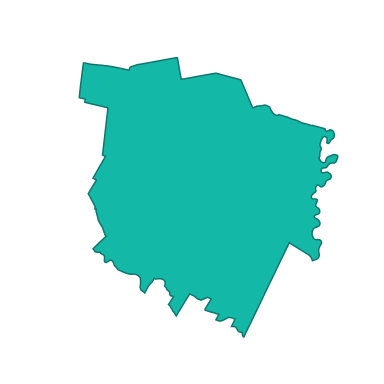 the district of Prejmer, Brasov, Romania, rotated 106°
{"feature_id": "2599482B31242475227113", "entity_name": "Prejmer", "entity_type": "district", "adm_level": 2, "iso_a3": "ROU", "parent_name": "Romania", "parent_adm1": "Brasov", "projection": "equal_earth", "projection_center": [25.776, 45.717], "detail": "fine", "context": "isolated", "style": "filled", "palette": "teal", "viewbox_px": 384, "rotation_deg": 106, "n_neighbors": 0, "source": "geoboundaries", "source_scale": "gbopen_adm2", "svg_char_len": 5807}
<svg xmlns="http://www.w3.org/2000/svg" viewBox="0 0 384 384"><g transform="rotate(106 192 192)"><path d="M206.0,291.0L206.8,287.3L207.2,287.3L213.4,289.0L216.1,289.7L222.2,291.3L226.7,286.8L232.3,281.5L232.7,281.2L233.6,280.9L235.2,280.5L234.6,279.5L236.7,279.0L237.2,278.8L240.2,277.0L242.3,275.7L244.7,274.5L248.2,271.2L248.9,270.4L248.7,270.3L249.9,269.1L253.1,266.6L254.9,265.4L257.0,263.9L258.3,262.5L258.3,262.3L261.1,264.1L273.8,271.5L276.1,268.7L276.1,267.0L276.0,266.0L275.6,264.8L275.1,263.8L275.3,263.3L275.9,262.9L276.3,262.3L276.7,261.2L276.8,260.0L277.1,259.0L279.0,258.0L281.1,257.6L283.0,257.0L283.5,256.0L283.4,254.9L281.7,253.3L280.3,252.2L279.7,250.4L281.0,248.5L283.9,246.4L285.1,244.4L287.1,241.6L287.9,235.8L288.2,232.5L288.1,228.9L287.3,226.4L286.6,223.9L287.0,220.9L288.6,218.1L292.6,216.6L298.2,215.5L300.4,213.9L301.1,211.6L302.1,209.6L294.8,208.1L293.8,207.7L290.1,205.9L288.6,205.3L287.6,205.0L285.3,204.6L285.8,203.1L284.9,201.0L284.3,199.3L284.1,198.5L284.0,197.8L284.0,196.1L284.3,195.5L284.5,194.4L284.7,194.0L284.9,193.8L286.5,192.9L287.1,192.6L288.1,192.4L289.7,192.4L290.1,192.3L290.4,192.0L290.7,191.1L291.1,190.4L291.4,190.2L291.7,190.1L292.1,189.8L292.4,189.4L293.2,188.6L293.3,187.9L293.9,187.0L294.0,186.8L294.1,186.3L294.2,186.0L294.6,185.4L296.6,185.3L296.9,185.0L297.3,184.5L297.6,183.9L297.7,183.0L297.6,182.7L297.5,182.4L297.4,181.7L297.8,180.9L306.7,183.6L307.1,182.5L307.9,181.4L309.2,180.2L309.7,179.4L310.7,178.4L311.4,178.1L311.8,177.7L312.3,176.7L312.6,176.2L314.0,174.5L314.9,173.6L315.5,173.0L309.2,171.3L297.9,168.2L290.7,166.2L290.9,164.0L291.4,161.4L291.9,159.9L293.2,157.5L293.3,155.9L293.1,155.5L293.2,155.0L293.5,154.1L293.4,153.4L291.2,150.7L288.9,147.9L289.5,144.1L301.0,147.2L301.7,147.1L301.9,146.7L302.1,144.6L302.2,140.5L302.0,138.8L302.2,135.5L302.3,134.0L302.1,133.1L302.2,132.4L308.3,133.8L308.4,132.3L308.5,130.0L308.2,129.0L307.8,128.3L306.5,126.6L304.8,124.7L304.0,124.1L302.6,122.5L302.3,121.3L301.9,118.5L302.4,115.6L310.4,117.0L309.7,114.1L309.7,113.0L309.9,112.6L310.8,111.5L313.3,108.9L313.3,106.8L313.2,106.2L313.2,105.2L316.2,103.7L316.6,103.3L317.0,102.6L317.1,102.2L312.3,101.4L289.9,97.5L289.2,97.4L281.7,96.1L267.2,93.7L227.2,86.8L213.9,84.5L215.0,81.1L220.3,62.3L221.1,60.8L221.5,60.2L222.0,59.5L222.4,59.1L224.9,57.3L224.8,57.1L224.3,56.4L223.6,55.6L223.0,54.5L222.0,53.5L221.1,52.8L219.7,52.3L219.0,52.1L218.2,52.1L217.2,52.4L215.4,53.3L213.8,54.0L212.7,54.3L211.8,54.4L211.0,54.4L209.6,54.3L206.3,53.5L205.3,53.4L204.8,53.6L204.2,53.8L203.6,54.3L203.2,54.9L202.9,55.6L202.8,56.2L202.9,57.0L203.0,57.7L203.1,58.2L203.7,59.7L203.7,60.3L203.7,60.9L203.4,61.8L203.1,62.3L201.9,63.3L201.2,64.0L200.3,64.6L199.3,65.0L197.0,65.5L195.7,65.4L195.4,65.5L194.7,65.3L193.5,64.9L193.1,64.6L192.3,63.9L191.5,62.6L190.3,61.1L190.1,60.9L189.4,60.5L189.0,60.3L188.1,60.2L187.0,60.3L186.5,60.4L185.3,61.2L184.6,62.0L184.1,62.8L183.8,63.4L183.3,65.0L182.8,66.9L182.6,67.2L182.3,67.6L181.8,67.8L181.2,67.8L180.6,67.5L180.0,66.9L178.6,64.9L178.0,64.4L177.6,64.0L176.9,63.7L176.3,63.7L175.2,63.9L174.7,64.1L174.1,64.5L173.3,65.2L172.9,65.6L172.6,66.4L172.3,67.9L172.1,68.2L171.5,69.0L171.2,69.3L170.8,69.4L169.9,69.5L168.6,69.5L167.0,69.2L166.2,69.1L165.5,69.2L165.0,69.3L164.7,69.6L164.6,69.8L164.5,70.2L164.7,71.0L164.7,71.7L164.9,72.4L165.3,73.5L165.3,74.3L165.1,75.1L164.8,75.5L164.5,75.8L163.8,76.0L162.6,76.0L161.6,75.7L160.8,75.4L159.6,74.6L158.4,73.6L157.5,73.2L157.1,73.1L156.5,73.3L155.4,73.8L154.8,74.2L154.0,74.3L153.3,74.4L152.3,74.2L152.0,74.1L151.3,73.7L150.9,73.6L150.6,73.3L150.5,73.1L150.5,72.5L150.7,71.7L151.4,70.1L151.5,69.7L151.5,69.4L151.4,69.0L151.2,68.6L150.6,67.9L150.0,67.4L149.5,67.0L148.9,66.7L148.0,66.4L146.3,66.2L145.2,66.2L144.2,65.8L143.7,65.5L142.8,64.6L142.1,63.5L141.3,62.8L140.3,62.4L139.8,62.3L139.2,62.4L138.2,62.7L137.3,63.1L136.7,63.7L136.2,65.3L135.6,66.8L135.6,67.7L136.0,68.5L136.9,70.1L137.4,71.0L137.6,71.9L137.6,72.4L137.4,72.9L137.0,73.4L136.4,73.7L135.5,73.8L134.7,73.9L134.2,73.8L133.6,73.5L133.0,72.9L132.5,71.8L132.2,70.8L131.7,70.0L130.6,69.1L129.5,68.8L128.2,68.4L126.3,67.0L125.3,64.9L125.1,63.7L124.5,62.7L124.0,62.3L122.9,61.8L120.8,61.7L118.7,61.5L117.7,61.6L116.9,62.1L116.6,63.0L116.7,65.1L117.2,66.6L119.2,69.0L119.9,70.1L121.0,71.3L122.6,72.0L124.7,72.0L126.7,72.2L127.3,72.8L127.5,73.4L127.6,74.1L127.5,75.2L127.4,75.9L125.3,78.7L124.1,79.2L121.9,79.0L120.3,79.7L118.2,79.9L115.6,79.6L114.2,79.8L113.4,80.5L112.6,81.4L111.2,82.2L106.5,82.0L103.5,81.4L102.8,80.8L102.0,79.8L102.1,78.9L102.4,77.8L103.3,77.0L104.8,76.4L107.2,76.2L107.9,75.3L107.8,74.3L106.9,73.6L104.8,73.1L103.5,72.7L102.6,72.1L101.3,70.9L100.1,70.6L98.5,70.7L97.5,71.0L95.3,72.4L94.4,73.6L94.0,75.0L94.1,76.3L96.6,79.2L96.4,80.6L94.6,81.5L94.7,94.5L95.0,95.1L95.1,95.5L95.2,96.3L95.1,97.9L95.1,102.0L95.3,104.9L94.4,110.4L94.3,111.1L94.3,112.5L94.2,114.2L94.4,115.2L94.4,115.6L93.8,120.2L93.7,121.6L93.8,124.9L93.8,125.4L93.6,125.7L93.6,125.9L93.6,126.5L93.6,127.0L93.7,127.9L93.7,128.4L93.7,129.0L93.6,129.3L93.5,129.6L94.2,130.2L94.6,130.7L94.8,131.3L95.1,133.2L94.6,134.6L93.9,135.8L93.1,136.8L92.3,137.8L89.7,140.1L89.1,140.5L88.6,142.3L88.3,145.4L88.3,145.9L89.7,148.5L90.1,149.8L90.9,151.3L91.4,153.2L91.5,153.4L91.8,153.7L92.7,154.0L92.8,154.2L92.8,154.9L92.9,155.1L93.6,155.7L94.3,157.0L82.5,166.4L72.3,174.7L70.8,175.9L70.7,176.6L71.2,201.6L71.4,202.2L74.8,209.3L81.0,221.9L86.4,232.7L86.7,233.2L86.7,233.4L66.9,243.1L67.6,245.0L73.8,257.5L77.1,264.1L83.8,277.7L84.6,279.6L88.7,285.5L89.2,286.0L92.2,285.9L93.3,301.5L93.6,304.1L94.7,311.7L96.8,323.0L97.2,325.3L97.3,327.7L97.4,329.3L97.9,331.9L103.7,331.1L120.9,328.4L132.4,326.4L132.1,320.3L135.4,319.7L134.7,306.5L134.2,296.1L136.6,295.6L181.2,288.2L181.7,285.0L199.5,289.4L206.0,291.0Z" fill="#14b8a6" stroke="#0f766e" stroke-width="1.5"/></g></svg>